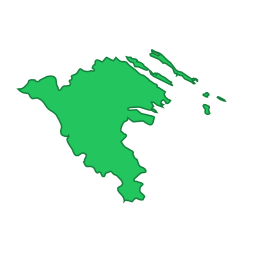 the border of Zadarska, rotated 169°
{"feature_id": "HRV-1493", "entity_name": "Zadarska", "entity_type": "County", "adm_level": 1, "iso_a3": "HRV", "parent_name": "Croatia", "parent_adm1": "", "projection": "equal_earth", "projection_center": [15.553, 44.407], "detail": "fine", "context": "isolated", "style": "filled", "palette": "green", "viewbox_px": 256, "rotation_deg": 169, "n_neighbors": 0, "source": "natural_earth", "source_scale": "10m", "svg_char_len": 5904}
<svg xmlns="http://www.w3.org/2000/svg" viewBox="0 0 256 256"><g transform="rotate(169 128 128)"><path d="M145.7,56.8L145.4,57.8L145.8,61.2L147.2,63.9L148.8,66.3L149.8,68.8L149.3,71.2L147.5,72.0L145.4,72.6L143.9,74.4L144.0,76.7L145.2,79.0L147.8,83.0L148.4,83.7L150.8,85.3L151.6,86.5L152.3,87.9L153.2,88.8L154.7,88.6L155.7,88.2L157.6,88.1L158.4,87.8L159.2,87.0L159.8,85.8L160.5,85.0L161.8,85.1L162.5,85.8L163.5,89.6L164.3,90.4L165.2,90.2L166.1,89.7L166.8,89.8L168.0,91.3L168.7,94.6L170.1,96.5L171.2,97.1L172.5,97.5L175.0,97.9L176.3,98.4L177.1,99.7L177.6,101.4L178.0,103.2L177.0,103.7L176.5,105.5L174.8,107.6L174.0,109.7L176.1,111.9L178.3,112.1L182.1,110.5L184.3,110.9L185.5,112.4L186.2,114.7L186.7,117.4L189.3,124.0L190.0,126.6L190.0,128.6L189.4,129.6L187.8,130.7L187.8,131.8L188.2,131.3L189.3,131.4L191.2,131.8L193.4,133.1L194.5,134.2L194.8,135.5L194.6,137.8L194.2,138.9L193.1,141.1L192.9,142.6L193.0,144.6L194.0,148.8L195.9,154.6L197.6,157.0L202.2,161.5L203.7,164.0L206.0,169.3L207.5,171.7L209.6,173.5L210.7,174.4L211.8,174.9L212.9,175.0L215.6,174.9L216.6,175.3L218.0,177.3L218.5,179.3L219.3,180.9L223.9,182.5L225.7,183.8L227.4,185.6L228.5,187.2L225.0,186.8L222.6,187.6L219.1,189.8L217.2,191.5L216.7,192.8L216.3,193.3L215.2,193.7L213.4,193.7L210.1,192.8L209.5,191.4L208.1,190.8L207.4,190.8L206.8,190.8L206.3,191.0L205.2,191.8L197.7,193.9L195.5,193.9L193.6,193.6L191.3,192.7L190.2,191.5L189.6,190.3L189.5,189.3L189.6,186.6L189.8,184.6L189.6,182.8L189.0,181.1L189.1,179.8L189.0,179.2L188.3,178.1L187.1,178.3L184.5,180.7L183.2,181.3L182.3,181.3L180.2,180.9L177.7,180.9L177.0,181.1L176.6,181.4L176.2,182.2L176.0,182.8L176.1,183.6L176.7,184.8L176.6,185.2L176.3,185.8L174.4,186.2L173.8,186.8L173.5,187.7L173.7,189.6L173.2,190.0L169.4,190.8L168.7,191.0L167.0,192.1L164.9,194.4L164.3,194.9L163.8,195.1L163.5,195.1L162.9,194.8L160.5,192.3L156.8,191.1L155.5,191.0L153.4,191.3L152.8,191.2L151.3,190.4L150.8,190.4L150.5,190.6L149.9,191.3L149.9,191.6L150.1,192.1L151.5,193.5L151.5,193.8L151.3,194.3L150.4,195.6L149.8,196.1L148.3,196.9L148.0,197.3L147.6,199.2L147.2,199.9L146.5,200.5L145.8,200.7L145.2,200.6L143.1,199.6L140.8,197.8L140.4,197.8L136.5,200.9L135.9,201.3L135.4,201.3L131.6,198.2L129.3,196.8L126.4,199.5L124.1,196.3L122.8,194.9L121.2,194.3L119.7,194.0L118.7,193.8L118.0,193.4L116.8,192.6L115.1,189.6L109.4,183.2L106.7,179.3L104.8,177.5L102.7,176.7L98.3,171.7L98.4,171.2L93.7,166.4L92.6,165.8L91.6,165.1L91.2,164.1L91.6,162.7L90.0,161.6L84.5,156.4L86.2,154.0L85.3,151.0L83.2,148.4L81.0,147.0L82.2,145.6L84.2,144.6L85.9,144.9L86.7,147.5L87.9,149.0L90.1,148.0L91.1,145.9L88.8,144.2L89.6,144.0L89.8,143.7L90.2,144.2L91.0,144.2L90.4,142.6L90.1,142.0L95.3,145.2L97.4,147.8L98.6,148.7L100.2,148.9L98.8,144.2L99.7,143.9L100.2,143.6L101.0,142.4L99.6,141.9L98.5,140.9L97.5,139.5L96.7,137.8L98.7,138.5L101.6,141.0L104.6,142.0L112.0,146.0L113.7,146.6L121.9,147.7L124.1,147.5L124.5,146.0L123.0,145.1L116.2,144.2L115.7,143.8L112.6,140.0L111.7,139.4L101.6,134.9L100.1,133.5L102.4,128.7L102.8,128.1L103.7,127.2L104.5,126.9L105.3,126.9L106.1,127.1L107.3,127.9L109.7,129.8L111.2,131.4L112.3,132.1L121.7,133.1L122.8,134.2L126.3,138.1L127.1,135.9L128.4,135.2L129.4,135.1L130.8,134.6L131.9,133.6L133.5,131.5L134.4,130.1L135.1,128.5L135.5,127.2L135.6,126.3L135.4,125.8L134.3,125.0L134.0,124.6L133.8,123.6L133.5,123.3L131.7,122.3L131.2,121.7L131.0,121.0L131.3,120.4L132.1,119.6L137.4,115.9L135.7,111.6L134.3,109.7L128.0,104.2L127.6,103.4L127.5,102.8L128.1,101.8L128.2,101.5L127.3,97.6L126.8,96.9L125.2,95.3L125.0,94.4L124.8,91.9L124.4,89.8L123.8,88.5L123.2,87.7L120.8,86.1L120.1,85.5L119.1,84.3L118.7,83.2L118.7,82.0L119.0,81.5L119.7,81.3L123.4,81.4L124.2,81.2L124.9,80.9L126.2,80.1L127.3,79.6L128.3,78.7L131.3,77.1L131.8,76.3L132.1,75.3L132.0,74.7L131.6,74.4L129.9,74.0L129.3,73.7L128.1,72.8L126.4,72.1L124.8,71.0L124.2,70.4L124.1,70.0L124.3,69.6L126.4,68.2L127.7,66.9L128.4,64.3L128.1,62.5L125.4,59.0L125.1,58.3L124.9,57.8L124.9,57.3L125.1,57.0L125.9,56.3L127.0,54.8L127.6,54.7L128.5,54.9L130.7,55.7L132.9,57.4L133.8,57.6L135.8,56.7L137.7,55.1L138.1,55.0L138.7,55.1L141.0,56.6L142.6,57.0L143.4,57.5L144.8,57.5L145.7,56.8ZM84.5,189.6L92.0,194.6L92.3,196.2L89.8,197.0L84.6,193.1L83.3,193.5L83.7,193.9L84.4,195.3L87.1,197.0L87.7,197.6L88.5,198.1L89.3,198.1L89.9,198.2L90.1,199.4L89.6,200.1L88.6,199.5L87.6,198.5L87.3,198.1L83.6,196.0L82.0,194.7L80.5,192.9L76.4,186.9L73.9,184.1L69.8,175.7L67.7,173.8L64.8,172.6L56.0,163.7L55.7,162.2L55.2,161.0L53.9,159.0L54.4,158.9L55.3,159.0L57.3,161.3L63.1,165.6L64.7,168.8L65.6,169.3L67.0,169.7L67.9,170.5L68.8,170.9L70.2,170.2L69.5,172.1L71.0,172.3L71.8,173.0L72.2,174.4L72.3,176.2L72.8,177.9L73.7,179.2L78.6,184.2L79.7,184.8L81.3,185.0L81.6,185.7L84.5,189.6ZM100.9,187.4L100.4,185.8L97.6,182.8L96.6,181.3L98.6,181.3L100.3,182.1L105.9,186.0L109.4,186.9L109.7,187.6L110.0,189.9L110.2,190.6L110.8,191.3L112.2,191.9L113.0,192.4L113.9,193.4L114.8,194.8L115.5,196.5L115.9,198.1L114.3,197.3L111.8,196.9L111.4,196.3L111.2,195.7L110.8,195.3L108.2,194.5L106.8,193.7L105.9,192.4L106.3,192.1L106.6,191.6L105.2,191.0L103.3,189.8L101.7,188.4L100.9,187.4ZM95.9,180.4L94.6,179.0L93.6,177.2L92.7,176.0L91.6,176.7L90.9,176.7L90.8,176.1L90.2,174.8L89.1,176.3L87.1,174.9L84.9,172.5L82.1,170.3L78.5,166.1L76.6,164.7L76.9,164.1L77.3,163.7L76.0,160.9L92.9,173.8L95.2,176.5L95.9,180.4ZM48.6,131.7L49.4,133.1L50.0,135.5L48.9,136.4L47.2,135.9L46.1,135.1L44.2,133.6L44.4,132.5L45.5,130.9L45.0,126.7L45.9,126.3L47.0,126.2L48.3,126.8L49.2,128.0L49.3,129.3L48.5,131.3L48.6,131.7ZM44.6,143.3L46.0,144.2L47.9,145.9L47.7,146.7L46.2,146.7L45.2,147.0L44.6,147.7L43.4,147.4L42.3,146.0L42.5,144.9L43.5,144.9L43.9,144.5L43.9,143.4L44.6,143.3ZM29.4,136.7L32.5,138.8L34.4,141.1L33.9,141.5L32.2,140.6L27.9,137.0L27.5,135.9L29.4,136.7ZM53.1,162.7L53.9,162.2L54.6,162.2L55.3,162.8L55.9,163.8L54.5,164.3L52.3,163.6L50.7,162.1L51.0,160.0L51.5,161.4L52.4,162.4L53.1,162.7Z" fill="#22c55e" stroke="#15803d" stroke-width="1.5"/></g></svg>